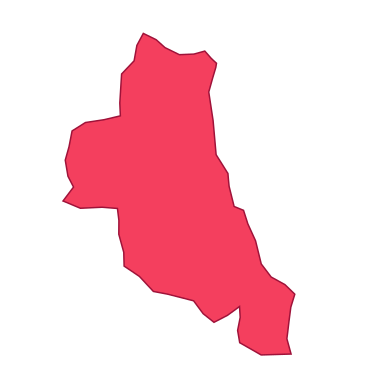 Lac Wey, Logone Occidental, Chad, rotated 282°
{"feature_id": "50815135B84328468709684", "entity_name": "Lac Wey", "entity_type": "district", "adm_level": 2, "iso_a3": "TCD", "parent_name": "Chad", "parent_adm1": "Logone Occidental", "projection": "orthographic", "projection_center": [15.996, 8.649], "detail": "fine", "context": "isolated", "style": "filled", "palette": "rose", "viewbox_px": 384, "rotation_deg": 282, "n_neighbors": 0, "source": "geoboundaries", "source_scale": "gbopen_adm2", "svg_char_len": 1056}
<svg xmlns="http://www.w3.org/2000/svg" viewBox="0 0 384 384"><g transform="rotate(282 192 192)"><path d="M226.8,62.0L210.8,62.3L196.8,61.4L181.6,67.4L172.2,75.1L156.4,67.7L152.9,86.2L158.4,107.2L160.4,122.5L149.0,126.4L135.4,129.2L118.8,137.8L105.4,141.0L98.5,158.1L86.7,174.9L87.0,189.0L85.9,216.2L75.3,228.2L69.1,240.6L78.8,252.4L89.9,262.3L79.4,265.2L66.1,265.4L54.5,270.0L47.0,293.5L54.1,322.6L68.2,315.3L74.3,314.8L85.1,313.8L100.0,312.6L101.8,312.8L102.2,312.8L104.3,313.0L113.4,313.8L113.5,313.7L120.7,302.2L125.3,287.1L136.0,274.7L157.5,264.3L170.6,254.6L172.8,253.0L174.3,252.2L184.8,246.2L186.1,239.0L186.6,236.2L205.3,227.1L211.6,225.1L217.6,223.3L219.3,221.6L224.8,216.3L232.7,208.6L233.6,207.8L266.2,197.8L293.3,187.6L307.7,188.5L318.8,189.4L322.6,189.2L323.0,189.2L326.1,184.0L326.5,183.5L327.0,182.6L330.1,178.5L332.5,175.2L327.3,165.2L323.7,151.1L327.6,135.6L333.5,125.3L337.0,111.4L323.9,107.6L308.3,108.1L292.8,98.6L264.0,102.9L251.6,106.1L244.3,90.6L237.8,73.3L226.8,62.0Z" fill="#f43f5e" stroke="#9f1239" stroke-width="1.5"/></g></svg>